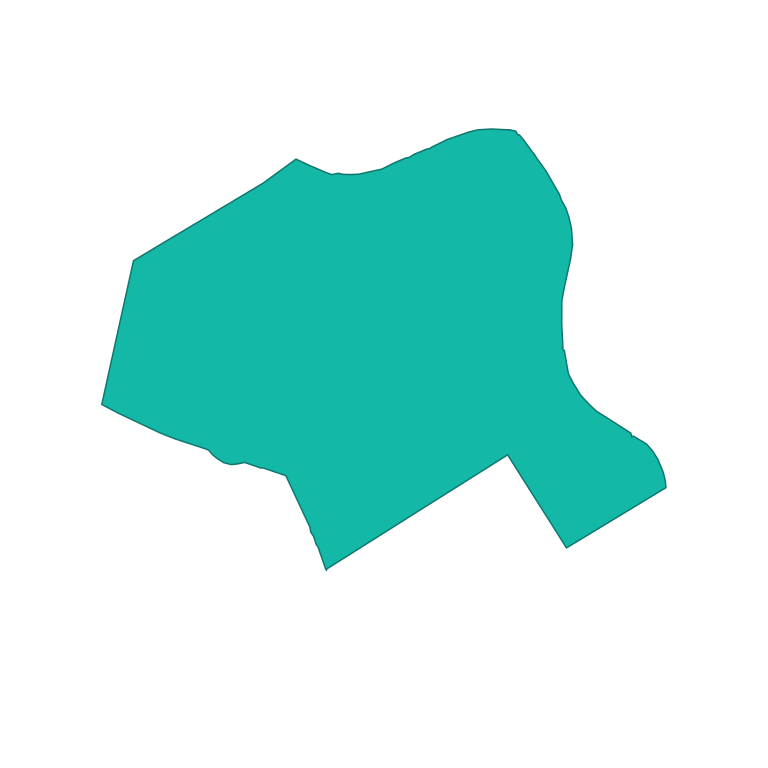 Jarra West, Lower River, Gambia (Mercator projection), rotated 58°
{"feature_id": "56634734B83949040016571", "entity_name": "Jarra West", "entity_type": "district", "adm_level": 2, "iso_a3": "GMB", "parent_name": "Gambia", "parent_adm1": "Lower River", "projection": "mercator", "projection_center": [-15.534, 13.437], "detail": "fine", "context": "isolated", "style": "filled", "palette": "teal", "viewbox_px": 768, "rotation_deg": 58, "n_neighbors": 0, "source": "geoboundaries", "source_scale": "gbopen_adm2", "svg_char_len": 1610}
<svg xmlns="http://www.w3.org/2000/svg" viewBox="0 0 768 768"><g transform="rotate(58 384 384)"><path d="M621.3,199.8L615.3,196.8L606.9,194.0L601.7,193.1L593.3,191.7L583.5,191.7L574.2,193.1L560.2,200.2L560.2,202.1L556.5,200.7L519.2,218.4L510.3,220.7L498.2,223.1L483.7,223.1L473.0,222.2L451.1,213.3L449.7,213.8L447.8,213.8L447.8,212.9L426.8,201.2L407.6,189.0L397.3,179.6L376.3,159.0L366.5,150.9L366.5,150.6L365.5,150.1L351.5,142.6L340.8,138.9L331.4,136.6L321.6,136.1L316.0,134.7L289.4,133.8L280.1,134.3L274.0,134.8L268.0,134.8L265.6,135.3L256.8,135.8L250.7,136.3L244.6,137.2L243.2,138.6L239.5,138.2L235.7,142.0L235.3,142.4L232.1,147.1L224.6,157.9L218.1,169.9L215.3,178.4L210.2,200.5L208.4,218.3L208.4,221.1L207.5,223.0L205.2,236.6L205.2,242.3L203.8,246.0L202.9,251.9L202.0,257.3L201.5,262.9L200.6,271.9L200.4,272.5L192.7,294.2L189.0,300.8L187.9,302.5L184.4,307.8L181.1,311.1L178.8,317.2L177.6,318.2L174.1,321.0L159.2,331.4L146.7,339.4L146.7,340.5L146.8,340.8L149.6,380.2L148.1,457.1L147.9,466.9L147.6,481.1L147.4,491.9L146.7,530.3L146.7,531.1L190.0,573.6L251.8,634.2L253.0,633.5L268.1,624.7L306.3,600.2L313.3,595.1L320.3,589.9L344.0,570.1L347.1,567.7L348.1,567.6L352.8,567.0L353.4,566.8L358.5,565.1L365.8,561.6L370.2,557.4L371.5,556.1L374.4,550.0L374.4,549.9L376.4,544.6L376.5,543.9L390.1,532.9L390.6,531.5L409.7,515.8L417.1,516.7L466.1,522.7L470.8,524.6L476.4,524.5L483.4,526.4L487.6,526.4L510.0,531.5L512.1,531.5L510.5,531.1L510.2,461.9L510.0,429.1L509.8,366.4L509.8,365.8L509.6,318.0L509.6,316.7L552.5,316.5L578.3,316.3L619.7,316.1L621.3,199.8Z" fill="#14b8a6" stroke="#0f766e" stroke-width="1.5"/></g></svg>